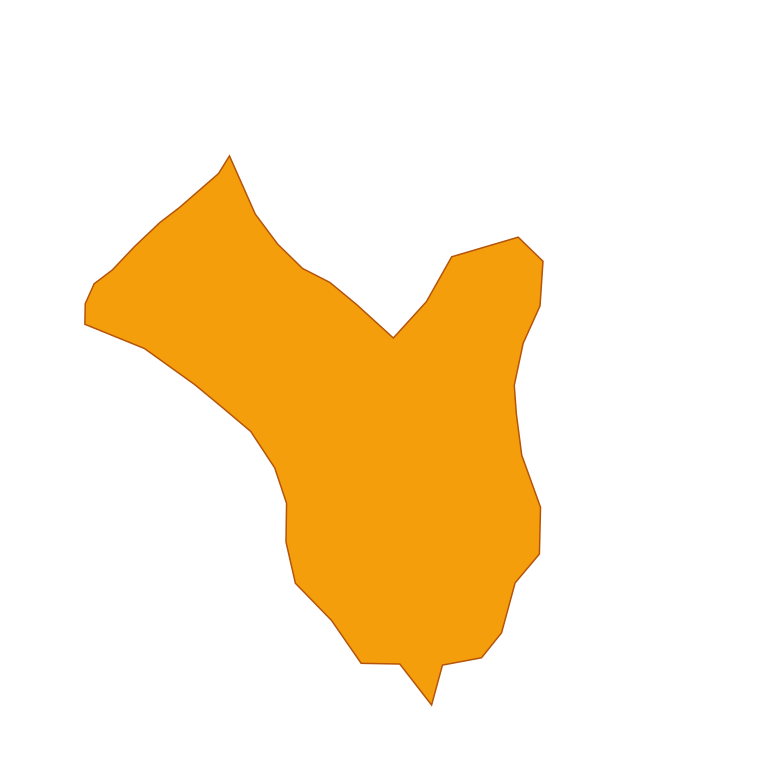 the district of Vouno, Cyprus, rotated 139°
{"feature_id": "46923920B84175879227777", "entity_name": "Vouno", "entity_type": "district", "adm_level": 2, "iso_a3": "CYP", "parent_name": "Cyprus", "parent_adm1": "", "projection": "mercator", "projection_center": [33.395, 35.261], "detail": "fine", "context": "isolated", "style": "filled", "palette": "amber", "viewbox_px": 768, "rotation_deg": 139, "n_neighbors": 0, "source": "geoboundaries", "source_scale": "gbopen_adm2", "svg_char_len": 699}
<svg xmlns="http://www.w3.org/2000/svg" viewBox="0 0 768 768"><g transform="rotate(139 384 384)"><path d="M514.2,648.3L537.0,649.8L556.8,640.6L570.6,625.3L541.5,567.9L527.2,507.5L521.5,473.0L515.7,435.6L521.5,392.4L535.8,357.9L561.6,329.1L581.6,291.7L578.7,240.0L584.5,188.2L555.8,162.3L558.7,110.5L524.3,133.5L490.0,113.4L458.5,119.1L415.5,147.9L378.3,153.7L346.8,188.2L326.7,240.0L303.8,274.5L286.6,297.5L252.3,323.4L215.0,340.6L183.5,372.3L186.4,406.8L249.4,435.6L298.1,418.3L346.8,412.6L352.5,461.5L358.2,496.0L369.7,524.7L372.5,559.3L369.7,596.7L351.0,657.5L370.8,651.4L390.7,651.4L422.7,651.4L447.1,652.9L482.1,651.4L514.2,648.3Z" fill="#f59e0b" stroke="#b45309" stroke-width="1.5"/></g></svg>